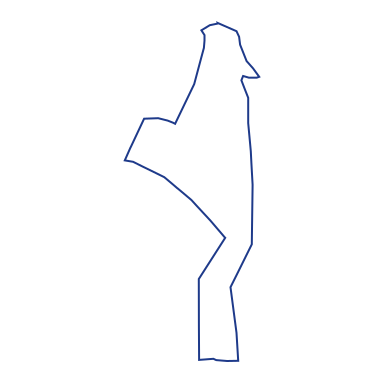 outline of Sayat, Chardzhou, Turkmenistan
{"feature_id": "10190150B84447090793547", "entity_name": "Sayat", "entity_type": "district", "adm_level": 2, "iso_a3": "TKM", "parent_name": "Turkmenistan", "parent_adm1": "Chardzhou", "projection": "equal_earth", "projection_center": [63.688, 37.927], "detail": "fine", "context": "isolated", "style": "outline", "palette": "blue", "viewbox_px": 384, "rotation_deg": 0, "n_neighbors": 0, "source": "geoboundaries", "source_scale": "gbopen_adm2", "svg_char_len": 902}
<svg xmlns="http://www.w3.org/2000/svg" viewBox="0 0 384 384"><path d="M253.0,68.3L246.6,61.1L240.1,44.7L239.1,36.8L236.5,31.2L217.8,23.0L218.0,23.5L209.8,25.2L201.4,30.3L204.5,35.1L204.5,37.6L204.5,40.7L203.9,47.9L201.2,57.9L194.2,84.1L175.1,123.8L173.0,122.7L167.7,120.6L158.2,118.2L144.1,118.7L130.8,147.0L130.5,147.5L124.8,160.4L133.1,161.8L142.3,166.4L161.3,175.7L164.3,177.2L172.4,184.0L177.4,188.3L177.5,188.3L191.4,200.0L196.5,205.6L210.5,220.7L224.6,237.2L225.2,237.8L198.8,279.0L198.9,324.9L198.9,325.0L199.1,359.9L213.4,358.8L216.2,360.1L227.1,361.0L238.2,360.8L236.5,332.8L230.5,287.2L237.0,274.2L251.8,244.3L252.6,184.8L251.4,163.2L250.8,151.3L250.2,144.7L248.2,123.1L248.2,122.7L248.2,98.0L248.2,97.8L244.5,88.4L241.4,80.3L243.1,76.0L243.5,76.1L249.0,77.7L250.3,77.7L256.6,77.7L257.8,77.3L258.4,77.1L259.2,76.8L258.4,75.7L253.0,68.3Z" fill="none" stroke="#1e3a8a" stroke-width="2"/></svg>